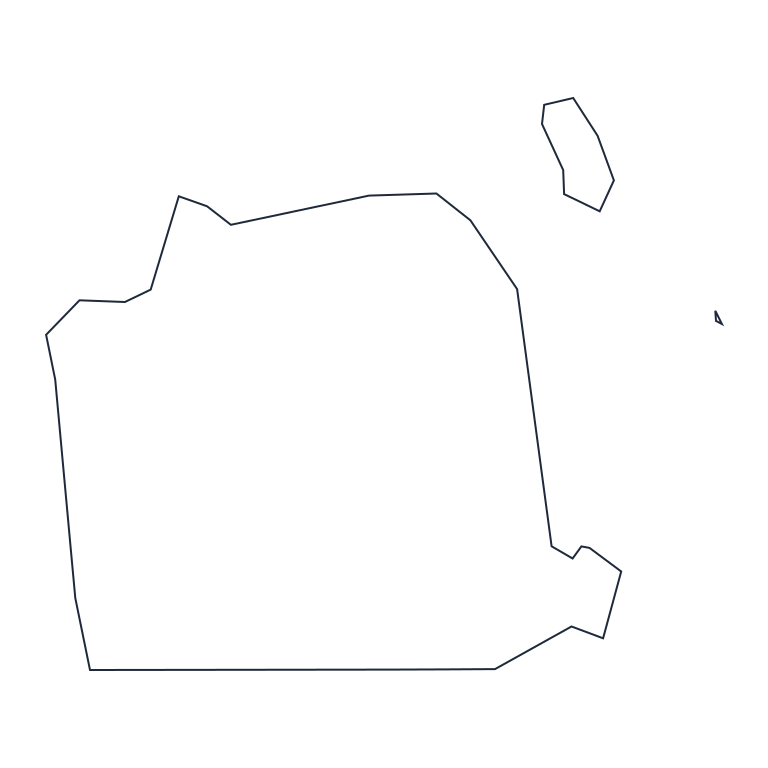 San Francisco, California, United States of America
{"feature_id": "52423323B46695716253077", "entity_name": "San Francisco", "entity_type": "district", "adm_level": 2, "iso_a3": "USA", "parent_name": "United States of America", "parent_adm1": "California", "projection": "mercator", "projection_center": [-122.408, 37.77], "detail": "fine", "context": "isolated", "style": "outline", "palette": "slate", "viewbox_px": 768, "rotation_deg": 0, "n_neighbors": 0, "source": "geoboundaries", "source_scale": "gbopen_adm2", "svg_char_len": 602}
<svg xmlns="http://www.w3.org/2000/svg" viewBox="0 0 768 768"><path d="M495.0,669.1L571.5,626.5L603.1,638.3L621.2,571.5L589.5,547.9L581.4,546.4L572.6,558.5L551.6,546.3L517.1,289.1L470.4,220.3L436.4,193.5L372.3,195.5L369.0,195.6L230.9,224.8L207.1,206.3L178.8,196.3L150.7,289.6L124.9,302.0L79.5,300.3L46.1,334.8L55.2,379.5L70.3,544.0L75.3,598.1L90.0,670.0L390.3,669.6L444.3,669.4L495.0,669.1ZM544.2,104.8L542.0,124.0L563.2,170.1L564.1,194.1L599.7,211.3L613.9,180.4L597.6,135.8L573.2,98.0L544.2,104.8ZM715.3,310.8L716.0,320.9L721.9,324.0L715.3,310.8Z" fill="none" stroke="#1e293b" stroke-width="2"/></svg>